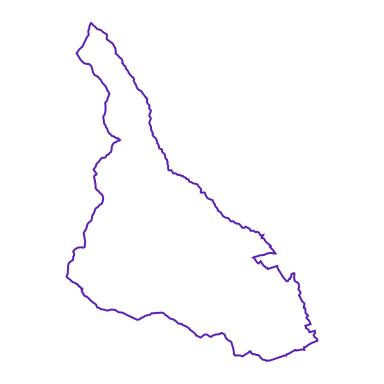 outline of Bertea, Prahova, Romania
{"feature_id": "2599482B89107382852498", "entity_name": "Bertea", "entity_type": "district", "adm_level": 2, "iso_a3": "ROU", "parent_name": "Romania", "parent_adm1": "Prahova", "projection": "orthographic", "projection_center": [25.825, 45.276], "detail": "fine", "context": "isolated", "style": "outline", "palette": "violet", "viewbox_px": 384, "rotation_deg": 0, "n_neighbors": 0, "source": "geoboundaries", "source_scale": "gbopen_adm2", "svg_char_len": 5928}
<svg xmlns="http://www.w3.org/2000/svg" viewBox="0 0 384 384"><path d="M317.4,340.8L317.3,339.7L316.5,338.4L314.6,337.0L313.6,335.5L313.7,334.7L315.0,333.1L315.1,332.4L314.8,330.8L309.5,332.3L309.1,331.0L308.4,329.8L307.3,328.8L305.9,328.0L306.0,327.1L305.4,325.8L310.6,324.1L309.0,320.4L306.6,318.3L306.6,316.8L307.9,315.9L308.0,315.4L305.5,312.9L305.3,308.6L305.1,308.2L304.2,308.2L303.7,307.6L304.4,304.5L304.4,303.5L303.8,302.7L302.1,301.3L300.7,298.6L300.0,296.6L299.0,295.4L300.4,293.0L300.4,291.9L298.9,290.1L298.4,288.9L299.0,287.5L298.8,284.7L298.3,283.2L296.8,282.1L295.2,281.4L294.5,280.3L294.4,278.7L294.0,277.8L294.5,274.5L294.3,273.5L293.9,273.1L291.7,274.0L291.4,274.4L291.2,276.9L290.0,278.0L290.0,278.9L288.8,279.3L288.0,281.0L286.5,281.2L283.2,277.3L277.8,268.5L277.1,266.0L267.8,269.0L267.2,267.9L265.5,267.5L265.2,266.8L263.3,265.4L260.7,261.2L260.1,261.7L258.8,263.4L257.2,262.6L254.4,258.5L253.2,257.6L255.1,256.8L258.2,256.1L259.1,255.5L263.8,255.0L267.7,253.3L271.7,252.9L273.8,253.5L275.4,253.5L273.2,250.2L269.9,247.0L270.9,246.0L265.7,241.6L264.0,238.7L262.6,238.2L261.7,238.1L262.0,237.1L263.1,235.1L261.0,235.6L260.3,235.0L258.9,232.7L257.7,231.9L255.3,232.0L253.3,230.7L250.6,230.8L249.7,228.8L245.7,226.7L244.2,227.8L242.5,227.8L239.6,224.4L238.8,223.8L235.6,223.3L233.1,221.2L230.8,221.4L228.2,218.1L225.4,217.6L222.9,215.9L220.8,212.5L217.9,210.5L217.7,210.2L217.5,208.7L215.2,206.1L214.9,204.4L213.8,203.2L212.5,200.1L209.4,199.1L207.2,197.9L205.5,194.9L204.8,192.7L203.8,192.4L201.6,192.8L200.8,192.5L200.7,191.8L201.1,190.1L201.1,189.4L200.1,188.0L198.8,186.6L197.6,184.6L196.6,184.0L193.0,183.3L191.2,182.1L189.3,181.6L188.5,179.4L186.7,179.1L185.7,177.6L184.4,177.4L182.7,175.9L181.3,175.9L179.8,174.8L177.8,175.0L175.8,173.3L173.3,173.4L171.3,170.2L169.2,170.4L168.6,170.1L168.2,169.0L168.2,166.1L167.4,163.7L167.6,161.9L167.1,161.1L166.9,159.6L165.8,158.8L165.4,158.1L165.0,155.3L164.5,153.9L162.3,152.1L162.1,151.2L162.1,149.6L159.8,148.6L159.1,148.0L158.9,146.0L158.4,145.0L158.3,144.4L157.2,143.2L157.2,141.5L156.5,140.2L156.3,139.2L155.9,138.5L152.9,135.7L152.6,135.1L152.9,133.1L152.1,132.0L151.9,130.8L151.1,130.0L151.0,126.8L149.7,124.2L149.3,122.7L149.5,121.8L150.7,119.1L150.8,118.5L150.7,117.9L149.5,116.2L149.3,115.0L150.6,112.0L150.9,110.5L149.2,108.6L149.5,105.9L149.3,105.3L147.9,103.8L146.9,102.0L147.2,98.6L146.0,98.0L145.8,97.1L144.8,96.5L144.3,95.3L142.5,93.2L141.9,91.9L140.6,90.7L138.4,89.7L136.8,87.6L135.9,84.7L134.8,83.3L133.7,80.3L134.1,79.2L133.2,77.5L131.6,76.5L130.7,75.2L130.1,74.8L128.6,72.6L128.3,71.6L127.3,70.1L125.9,68.6L125.6,66.7L123.5,64.8L123.1,63.8L122.3,63.2L122.6,61.5L121.5,58.7L119.4,57.3L117.6,55.0L115.8,53.7L115.6,52.6L115.9,51.2L115.4,49.8L115.5,48.4L113.7,45.7L113.2,44.3L112.4,43.3L106.8,39.3L106.7,37.7L107.1,35.6L106.8,34.4L102.9,32.0L101.6,30.6L100.3,29.8L97.3,29.1L94.9,26.5L93.4,25.5L91.8,23.5L91.1,23.0L90.4,24.0L89.4,26.6L89.1,29.2L88.3,30.9L88.3,32.3L88.6,34.0L88.5,35.3L86.9,37.2L84.6,42.1L83.7,43.4L83.4,45.0L82.6,46.3L79.2,49.5L76.6,53.3L80.4,59.5L83.1,62.4L84.1,63.2L85.9,63.8L89.4,64.2L91.1,65.8L92.0,68.1L93.1,72.6L94.6,75.1L98.0,76.7L98.6,77.8L100.7,79.8L102.3,82.8L105.5,86.2L106.9,88.9L106.9,89.8L108.7,92.2L109.5,94.1L108.7,95.3L108.5,96.4L107.7,97.8L107.3,100.2L105.2,102.8L105.6,107.3L105.4,111.7L104.6,114.7L103.3,116.5L103.2,117.1L103.7,119.6L104.1,123.4L105.6,125.7L105.9,126.9L107.1,128.6L107.7,130.7L109.1,133.3L110.0,133.8L112.0,136.0L114.0,136.5L115.7,137.8L117.6,138.1L120.0,139.9L119.3,140.7L118.0,140.5L116.0,142.1L113.8,142.9L112.3,145.2L111.7,147.5L111.5,150.4L110.8,152.1L109.7,152.9L108.4,154.5L106.6,155.2L105.8,156.9L105.0,157.5L103.6,157.9L102.1,157.6L101.6,158.0L99.2,161.2L96.4,164.1L95.8,166.5L93.6,169.4L93.6,169.7L96.6,173.9L96.5,174.5L94.8,175.3L94.1,176.7L94.2,177.7L94.9,180.4L95.0,182.2L95.5,183.7L95.6,188.1L97.2,190.4L98.4,190.9L99.5,192.5L102.1,194.7L102.8,196.4L103.2,198.2L102.9,200.5L102.2,202.9L101.5,204.0L99.4,205.0L98.5,206.5L97.4,207.4L96.6,207.6L95.2,209.1L94.1,212.8L92.1,216.0L91.9,218.7L91.6,219.7L90.8,221.2L89.8,221.6L87.5,224.0L86.8,226.9L85.9,229.5L83.9,232.5L83.9,234.7L84.4,236.2L84.5,238.1L85.2,241.5L84.8,244.8L84.8,246.8L83.5,247.7L81.6,247.3L78.5,247.5L76.9,248.1L74.6,249.6L73.2,251.3L74.0,253.4L74.2,255.2L73.2,256.8L73.2,259.0L72.7,260.3L71.3,261.0L69.0,262.9L67.9,266.4L68.3,268.5L67.8,270.6L67.9,272.8L66.6,276.7L66.7,277.1L70.4,279.9L72.2,281.7L73.1,282.3L75.1,282.8L76.3,284.0L77.7,284.3L78.0,285.2L79.2,286.2L79.1,286.5L80.3,287.0L81.0,288.2L82.3,288.6L82.4,289.2L81.6,290.3L81.6,290.7L82.3,291.5L82.5,292.9L83.6,294.0L84.1,295.4L85.4,296.4L86.6,296.5L87.1,296.8L91.4,301.2L95.7,304.3L96.1,304.8L97.0,307.3L98.8,307.7L101.0,309.2L104.3,309.7L107.2,310.6L111.7,309.5L115.4,310.1L118.4,312.1L123.1,312.8L125.2,314.1L137.2,319.8L139.3,319.4L141.7,317.7L143.1,317.3L145.3,315.8L150.0,314.7L151.8,313.2L154.1,313.3L156.1,312.9L159.1,312.9L161.0,312.6L162.9,312.9L164.1,313.5L165.4,315.1L166.9,315.8L170.0,318.5L174.0,319.7L176.9,322.0L177.9,323.2L178.9,323.7L179.8,323.5L180.9,324.1L181.9,324.0L182.9,325.1L185.7,326.2L188.7,328.0L190.2,330.0L192.9,331.7L195.6,334.2L196.1,335.5L196.6,335.5L200.3,337.5L201.3,337.2L203.5,335.2L205.6,334.4L207.1,334.6L209.1,336.1L210.9,336.9L211.7,336.6L212.2,335.8L215.4,334.6L217.7,334.3L218.4,334.4L220.3,333.7L221.0,333.0L221.6,333.0L223.6,333.9L225.0,335.2L225.7,337.7L227.8,340.0L230.7,341.6L231.4,342.3L233.3,348.7L234.0,353.1L233.8,354.0L235.2,355.6L236.5,355.3L240.6,355.6L242.2,356.4L243.2,356.0L246.2,353.8L247.7,353.3L249.1,351.7L250.5,351.3L250.7,352.5L251.3,352.7L252.7,354.2L254.7,354.2L256.4,354.9L258.1,355.0L258.8,355.3L260.5,357.5L262.7,359.6L265.7,360.2L266.5,361.0L268.0,360.5L269.7,360.6L285.1,355.3L286.1,355.7L287.0,354.1L288.3,353.9L295.1,350.0L295.7,349.9L296.1,350.6L302.5,349.4L304.3,349.9L304.0,347.3L305.7,347.0L308.3,344.9L311.7,343.0L317.4,340.8Z" fill="none" stroke="#5b21b6" stroke-width="2"/></svg>